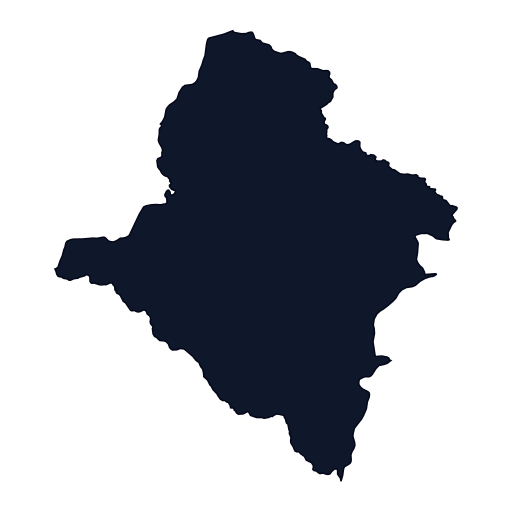 Murrupula, Nampula, Mozambique (Robinson projection)
{"feature_id": "85939544B53018455745149", "entity_name": "Murrupula", "entity_type": "district", "adm_level": 2, "iso_a3": "MOZ", "parent_name": "Mozambique", "parent_adm1": "Nampula", "projection": "robinson", "projection_center": [38.672, -15.419], "detail": "fine", "context": "isolated", "style": "filled", "palette": "ink", "viewbox_px": 512, "rotation_deg": 0, "n_neighbors": 0, "source": "geoboundaries", "source_scale": "gbopen_adm2", "svg_char_len": 6030}
<svg xmlns="http://www.w3.org/2000/svg" viewBox="0 0 512 512"><path d="M341.0,481.3L342.7,475.3L343.5,469.2L344.3,466.9L349.9,463.5L350.9,461.9L351.2,460.1L350.9,454.9L352.0,451.6L353.8,448.6L354.9,445.6L354.7,442.8L352.9,436.3L353.1,433.7L354.1,429.4L354.7,427.8L361.6,419.0L363.5,415.5L366.4,408.7L367.4,401.8L369.2,397.1L369.5,394.3L369.1,392.8L368.0,391.7L362.7,389.0L360.3,386.9L358.8,384.4L358.9,380.8L359.7,379.2L363.5,377.2L365.5,376.7L369.0,376.8L370.7,376.0L372.3,374.4L375.8,368.8L378.9,365.5L384.2,364.4L387.3,363.3L390.9,360.5L389.7,360.0L388.8,358.1L386.9,357.0L381.6,356.0L375.9,356.5L375.2,356.1L373.0,341.7L374.5,333.5L374.2,328.6L373.3,324.9L374.2,318.9L377.0,313.8L380.4,310.8L383.3,309.1L388.2,305.3L393.1,301.1L395.9,298.1L398.6,293.1L401.9,289.8L406.4,287.5L412.1,286.7L414.2,285.9L415.7,285.1L420.0,281.3L425.1,278.4L429.9,276.8L433.0,276.4L434.8,275.6L436.3,274.4L435.9,273.7L424.8,274.5L424.5,272.1L422.6,268.1L419.7,265.5L418.0,263.2L416.5,259.9L416.5,258.9L417.5,252.9L418.2,243.6L417.8,242.0L415.1,237.1L414.9,236.0L416.2,235.0L420.9,233.5L427.4,233.4L432.9,235.9L436.3,238.7L442.3,239.7L448.0,240.1L449.2,239.7L448.4,237.8L448.1,232.3L451.7,224.9L453.7,222.3L455.5,221.4L455.5,220.5L453.7,218.6L453.0,216.7L452.3,216.2L452.2,214.6L456.9,209.2L457.1,207.8L456.3,207.0L452.2,205.7L450.1,205.8L446.0,200.5L443.2,199.8L442.7,199.2L442.3,196.6L441.3,196.1L440.4,196.2L439.3,195.3L437.8,194.9L436.4,194.1L434.6,191.5L435.6,189.9L435.2,189.1L430.4,188.7L429.6,188.2L429.5,186.7L427.7,186.6L426.5,186.0L426.1,183.8L424.5,182.1L425.4,179.5L425.1,178.7L424.5,178.3L420.6,178.2L418.0,177.3L417.8,175.8L416.3,174.8L412.0,175.1L407.6,174.0L404.4,174.4L400.0,173.8L394.4,169.8L392.4,169.6L389.1,166.9L388.5,165.3L389.0,163.6L388.5,162.5L386.3,161.6L384.9,160.3L383.1,159.9L381.5,161.1L377.3,161.1L375.3,160.0L375.1,158.4L375.9,157.6L375.9,156.9L373.8,155.1L370.6,154.6L369.7,155.6L366.8,155.5L366.2,154.6L365.8,152.9L362.6,151.9L360.4,148.7L359.7,146.2L359.9,142.2L358.6,141.0L356.1,140.8L355.0,141.1L350.1,144.1L347.7,144.8L345.7,144.3L343.7,142.8L342.5,142.5L341.2,142.4L338.6,143.8L337.4,143.7L332.8,141.6L331.5,140.0L329.6,138.8L326.8,138.2L326.4,137.5L326.8,135.4L326.4,134.4L326.8,131.3L326.6,130.2L326.8,129.0L327.4,128.6L328.0,127.5L327.9,126.3L327.1,125.4L324.4,124.0L324.1,123.1L324.3,120.7L325.3,119.7L325.3,118.3L323.8,117.5L322.2,114.4L321.3,113.6L321.3,110.4L320.3,109.7L320.1,108.8L320.6,108.1L326.7,104.3L327.8,103.0L330.4,101.4L332.9,96.9L332.8,93.4L333.4,91.6L334.8,89.5L336.9,88.0L337.0,87.3L336.6,85.8L335.4,84.5L333.5,83.7L331.5,79.8L329.2,77.9L329.0,75.5L329.7,74.3L329.6,72.4L328.5,71.0L327.4,70.6L322.9,70.7L317.4,68.7L312.6,68.7L311.0,68.2L310.4,67.0L309.8,63.3L309.1,62.5L306.4,61.1L305.1,59.3L298.6,56.5L296.1,54.9L295.5,53.8L292.7,52.4L290.1,51.6L287.8,51.7L282.4,53.2L280.4,53.4L274.4,51.4L272.0,49.5L270.9,46.7L269.0,44.8L262.5,43.1L260.0,40.4L256.2,39.7L254.9,38.8L253.4,34.2L252.4,32.5L251.7,32.1L249.1,32.4L245.9,33.6L241.2,33.7L235.1,32.6L233.1,31.7L232.8,30.7L223.8,34.2L209.1,38.0L207.9,39.1L207.1,41.4L206.5,44.2L205.0,55.7L203.4,59.8L201.9,65.0L199.2,71.3L198.4,77.4L196.7,80.9L195.0,82.8L192.2,84.5L185.0,85.4L182.5,87.2L179.1,92.5L177.1,98.9L174.2,101.8L169.7,104.8L167.6,107.1L166.2,109.3L164.7,117.2L162.5,121.5L160.4,124.0L161.5,124.9L161.6,126.4L160.1,127.9L159.4,129.2L159.2,134.7L158.3,140.0L159.0,142.6L162.1,148.1L162.6,151.2L161.9,152.3L162.0,155.5L161.2,157.3L157.9,158.6L156.9,160.5L157.7,166.8L159.3,169.2L160.0,169.8L161.6,172.9L163.5,174.9L165.5,176.1L167.6,176.5L168.6,178.3L169.8,179.0L169.7,181.0L171.1,183.5L170.9,184.3L169.6,185.0L169.4,185.9L169.6,186.8L171.8,189.4L175.3,190.8L175.6,191.6L174.4,193.6L172.9,194.8L171.0,195.1L170.5,194.7L170.0,191.9L168.7,190.1L167.7,190.2L166.4,191.4L164.8,194.8L165.2,196.4L166.7,198.0L167.0,202.0L166.6,203.3L164.8,204.2L164.0,204.0L160.9,204.8L155.6,204.5L151.3,204.8L146.2,205.8L143.6,207.0L139.3,214.2L129.5,234.9L128.5,236.0L125.7,237.5L122.9,238.1L120.3,238.2L116.3,240.9L113.1,242.0L110.8,241.7L108.3,240.9L105.5,237.9L104.4,237.3L102.9,237.2L97.3,238.3L92.7,238.1L82.2,239.0L73.8,239.1L70.8,239.6L67.1,241.2L65.8,243.1L65.0,247.0L63.9,249.6L62.2,256.1L59.9,261.3L58.1,267.0L56.3,268.5L54.9,269.0L55.8,270.7L56.8,274.3L58.2,276.4L62.0,277.2L63.4,278.3L67.2,279.0L68.8,280.1L70.3,280.3L73.9,278.7L78.2,278.1L79.0,277.4L84.7,275.8L86.2,274.6L88.6,275.3L89.4,276.2L89.9,277.2L90.0,281.3L90.9,282.8L91.6,283.2L94.4,283.1L99.7,284.8L102.2,284.9L104.0,284.5L105.8,284.8L110.3,282.9L112.3,283.1L113.1,284.8L114.7,286.5L115.0,290.1L116.0,291.2L116.4,292.7L117.1,293.4L119.1,294.2L120.4,295.6L123.3,301.4L125.5,302.8L130.3,310.0L131.6,310.8L134.7,310.5L136.0,311.4L138.0,312.0L140.6,311.5L143.2,310.0L145.1,310.2L146.3,311.4L147.3,314.2L149.4,315.6L150.4,317.4L150.6,319.2L150.2,321.5L150.4,323.1L150.8,324.0L152.7,326.3L153.0,327.1L152.4,328.7L153.1,334.0L154.5,336.4L156.4,337.3L159.7,340.5L164.2,340.9L166.3,341.7L168.5,344.2L169.7,347.7L171.5,349.5L172.6,350.0L176.8,349.8L180.2,348.5L184.2,349.0L193.0,356.5L195.6,359.9L197.5,361.6L198.6,361.8L200.6,366.5L202.7,369.2L203.6,373.4L203.8,376.7L207.6,380.1L209.9,384.9L211.1,385.9L213.0,389.6L217.2,394.1L217.6,395.2L220.4,399.2L222.6,400.5L225.2,400.5L226.3,401.8L228.4,402.5L230.2,405.5L230.6,407.8L233.4,408.1L234.0,408.8L234.2,410.1L234.9,410.3L236.5,412.9L238.3,414.2L243.2,413.9L246.9,411.9L248.4,411.6L250.5,415.4L256.5,417.5L262.2,417.6L264.1,418.3L269.2,417.3L270.5,416.4L272.5,416.5L273.5,415.5L276.3,414.1L278.1,414.1L283.5,415.3L284.0,415.8L284.3,417.2L285.6,419.4L286.3,422.6L287.0,423.5L287.8,423.7L289.1,430.3L289.7,431.3L289.3,433.3L291.0,437.5L290.6,441.3L290.9,443.0L293.4,447.2L294.8,450.8L296.6,451.8L299.1,451.9L300.4,453.6L304.4,456.4L306.3,460.2L311.5,462.7L313.2,465.4L313.4,467.0L312.8,469.2L313.3,470.0L313.9,470.5L316.6,471.1L318.0,472.5L319.9,473.6L323.1,473.1L326.5,474.3L328.7,474.3L329.8,474.0L331.9,471.3L334.4,469.1L336.8,468.9L337.6,470.5L337.6,474.2L340.5,478.4L341.0,481.3Z" fill="#0f172a" stroke="#020617" stroke-width="1.5"/></svg>